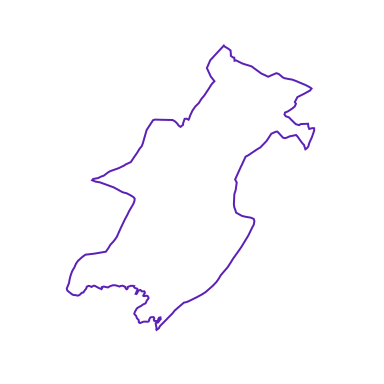 Riyad, Kafr ash Shaykh, Egypt (Natural Earth projection), rotated 224°
{"feature_id": "37247803B2291437615199", "entity_name": "Riyad", "entity_type": "district", "adm_level": 2, "iso_a3": "EGY", "parent_name": "Egypt", "parent_adm1": "Kafr ash Shaykh", "projection": "natural_earth1", "projection_center": [30.914, 31.32], "detail": "fine", "context": "isolated", "style": "outline", "palette": "violet", "viewbox_px": 384, "rotation_deg": 224, "n_neighbors": 0, "source": "geoboundaries", "source_scale": "gbopen_adm2", "svg_char_len": 4852}
<svg xmlns="http://www.w3.org/2000/svg" viewBox="0 0 384 384"><g transform="rotate(224 192 192)"><path d="M225.6,59.7L224.2,56.1L223.6,53.2L222.9,51.1L221.9,48.9L220.9,46.8L218.9,43.5L217.2,41.0L215.0,35.5L213.2,34.5L212.6,34.5L209.8,34.8L207.5,35.1L206.8,35.1L205.4,35.8L204.7,36.5L204.1,36.9L203.0,37.6L202.0,38.3L201.7,39.0L201.3,40.4L201.3,41.5L201.3,42.2L201.3,42.9L200.3,44.3L200.6,45.1L200.6,45.8L200.9,47.2L200.9,48.3L201.3,49.7L201.9,50.8L201.2,52.6L200.2,53.3L199.2,53.6L198.2,54.0L198.2,54.7L197.8,55.8L197.5,56.5L196.1,57.2L194.8,57.5L193.8,57.8L192.4,58.2L192.1,58.3L191.4,58.5L190.4,59.2L189.7,59.2L189.7,59.9L190.0,60.7L190.7,61.0L190.0,62.4L189.0,63.2L187.3,64.2L186.2,64.9L185.9,66.0L185.6,67.0L184.9,68.5L184.2,69.9L183.2,70.9L181.8,72.0L179.8,73.0L178.4,73.7L178.1,74.8L177.0,76.2L175.7,76.9L175.3,76.9L174.3,77.3L173.6,76.9L171.9,76.5L171.6,76.5L171.3,76.9L171.3,77.9L171.9,78.7L172.3,79.0L171.6,80.5L171.2,81.2L170.9,81.9L170.2,82.6L169.2,83.6L168.5,84.0L168.5,83.6L167.2,83.3L166.5,83.3L165.8,83.6L164.4,84.3L163.8,84.3L163.1,83.6L162.8,82.1L162.4,81.4L162.1,81.1L162.1,80.3L161.8,79.6L161.1,80.0L161.1,80.7L161.4,81.8L162.1,83.6L161.7,84.3L161.4,85.3L161.0,85.7L160.0,85.7L159.0,85.7L158.0,86.7L157.3,87.4L156.3,87.1L155.6,86.3L155.6,85.3L155.3,84.5L155.0,83.5L154.6,83.5L153.9,84.2L153.3,84.9L152.6,85.9L151.6,86.3L150.2,85.9L149.5,85.5L149.2,84.1L149.2,82.7L148.9,82.0L148.6,81.2L148.2,80.2L148.2,79.1L148.6,78.4L149.3,76.2L149.3,75.5L149.6,74.1L150.0,73.4L150.3,72.0L150.7,70.9L150.7,69.5L150.3,68.0L150.0,66.6L149.4,65.2L149.0,64.4L148.3,64.1L147.3,64.1L147.0,64.1L146.0,64.0L144.6,63.3L144.0,62.9L142.6,62.9L141.6,62.9L140.6,62.2L139.9,61.8L139.9,61.5L138.9,61.4L138.2,61.8L137.5,63.6L136.8,65.0L135.5,66.4L133.8,67.8L133.6,68.1L133.4,68.5L133.4,68.9L133.4,69.6L134.1,70.3L134.4,71.4L134.7,72.1L134.7,72.8L134.4,73.6L133.4,74.6L132.7,75.3L131.3,74.9L131.0,74.2L130.7,73.5L129.7,73.1L128.6,73.8L127.3,75.3L127.3,76.0L127.9,77.1L128.3,78.1L128.3,78.8L127.6,79.9L126.2,78.8L126.2,77.4L125.9,76.0L125.9,74.9L125.9,74.2L126.6,73.5L127.0,72.4L125.6,71.3L124.6,70.6L122.9,69.5L122.3,68.4L121.7,68.2L121.2,70.9L121.9,73.4L121.8,80.6L121.8,85.6L121.7,90.9L122.1,94.9L121.0,106.7L119.2,109.5L118.2,112.0L116.8,115.9L115.4,119.8L114.4,123.0L113.7,125.2L112.7,129.4L112.3,134.1L111.9,139.1L111.9,144.1L112.5,148.0L113.5,152.3L113.8,157.4L114.1,162.7L115.1,167.8L116.1,172.4L117.9,184.3L118.3,186.7L121.3,200.0L123.4,206.4L123.9,207.9L124.9,211.5L126.9,214.4L127.4,214.7L128.9,215.5L131.7,214.5L136.4,211.3L139.5,209.5L145.9,207.8L148.6,209.3L151.0,210.4L153.3,212.2L160.0,219.8L162.0,223.8L166.4,229.9L168.3,230.5L169.7,231.0L174.3,243.9L175.1,246.4L178.0,254.7L177.0,257.6L174.9,267.6L174.8,268.0L173.8,271.5L173.8,276.9L173.8,280.4L175.4,289.0L173.7,293.3L172.9,294.4L172.6,294.7L170.9,294.7L164.2,294.3L162.5,295.3L161.5,297.1L160.4,299.9L159.0,301.9L156.7,305.3L154.6,305.2L148.9,304.1L145.9,303.7L144.2,303.7L142.8,302.9L141.5,302.2L140.1,301.5L139.9,302.3L139.8,302.9L139.8,304.3L140.1,305.8L141.8,309.0L143.8,314.7L146.7,320.9L148.4,322.7L149.4,321.9L149.9,321.4L151.5,318.8L153.8,319.9L155.9,321.7L161.0,316.4L161.3,314.6L164.4,312.9L170.1,312.9L173.9,313.0L174.2,313.0L177.2,311.6L179.3,312.0L180.3,313.8L179.6,315.2L178.9,317.0L177.8,322.0L177.5,324.8L178.5,327.7L180.5,328.1L182.1,333.5L181.1,336.3L179.7,340.2L177.6,347.0L177.9,349.5L179.3,349.3L180.0,349.2L182.0,348.6L184.7,347.8L190.1,345.7L194.5,344.0L198.3,342.3L200.2,340.9L201.3,340.2L204.7,338.0L206.2,337.6L207.1,337.4L208.8,337.4L211.8,337.1L213.9,336.0L216.3,330.3L217.3,327.8L220.4,326.8L224.4,325.4L233.6,324.1L236.3,323.8L239.7,322.1L242.4,320.7L243.8,320.0L245.4,319.3L248.8,318.2L251.9,317.2L252.6,316.0L254.9,318.0L255.9,317.3L258.6,316.9L259.3,317.7L262.6,320.6L265.3,320.3L270.1,319.2L270.8,319.4L270.6,308.0L270.4,299.5L267.4,291.5L258.7,288.1L252.8,287.3L252.8,287.2L252.8,284.0L252.5,281.8L252.2,280.4L251.8,278.6L250.2,270.0L249.9,265.7L249.2,262.1L248.9,261.0L249.0,255.7L248.3,251.4L248.2,250.8L246.4,245.6L245.0,242.7L244.7,241.6L245.7,241.3L246.7,241.0L247.8,239.9L248.1,239.5L246.1,235.2L245.1,234.1L245.5,230.9L246.8,230.6L248.2,230.6L250.5,231.0L253.2,231.0L256.0,230.3L263.5,223.3L268.9,218.4L269.9,216.6L267.7,205.1L261.0,192.5L260.0,190.0L259.7,186.4L258.7,182.1L258.1,178.2L256.8,171.0L258.9,165.7L259.2,163.9L261.3,158.2L264.0,152.8L265.4,150.0L266.1,147.2L266.8,142.5L268.2,139.7L269.2,136.8L272.1,132.8L272.0,131.1L268.6,132.5L264.9,135.0L261.1,136.7L255.7,139.1L251.6,140.9L248.2,141.9L241.8,143.6L238.1,145.7L233.3,147.1L230.3,147.7L228.6,147.4L227.2,145.6L225.9,142.7L224.9,138.4L223.9,134.4L222.6,130.5L221.3,125.8L218.3,116.8L215.8,109.9L215.0,107.8L214.4,104.3L214.1,101.0L214.1,98.1L214.1,97.5L213.1,93.2L212.5,89.2L219.6,79.6L225.1,72.9L225.8,69.0L226.2,63.3L225.6,59.7Z" fill="none" stroke="#5b21b6" stroke-width="2"/></g></svg>